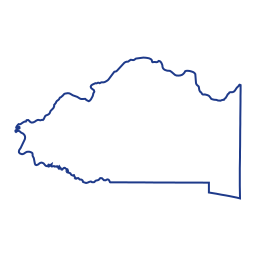 Illinois, Mercator projection, rotated 90°
{"feature_id": "USA-3546", "entity_name": "Illinois", "entity_type": "State", "adm_level": 1, "iso_a3": "USA", "parent_name": "United States of America", "parent_adm1": "", "projection": "mercator", "projection_center": [-89.31, 39.745], "detail": "fine", "context": "isolated", "style": "outline", "palette": "blue", "viewbox_px": 256, "rotation_deg": 90, "n_neighbors": 0, "source": "natural_earth", "source_scale": "10m", "svg_char_len": 5747}
<svg xmlns="http://www.w3.org/2000/svg" viewBox="0 0 256 256"><g transform="rotate(90 128 128)"><path d="M86.8,165.3L85.5,164.8L84.6,163.6L83.2,160.6L83.3,160.1L83.3,159.4L83.1,158.8L82.8,158.3L82.7,157.7L82.8,157.2L83.0,156.8L83.2,156.3L83.0,155.9L82.5,155.0L82.3,154.5L82.3,154.0L82.3,152.9L82.3,152.3L82.1,151.5L81.7,150.6L80.9,149.2L80.2,148.2L79.5,147.5L72.3,142.1L71.8,141.7L71.6,141.1L71.5,140.2L71.1,139.5L70.6,138.9L62.8,131.7L62.1,130.6L61.7,129.3L61.7,128.3L61.6,127.9L61.4,127.5L60.6,126.6L60.4,126.1L59.9,125.6L59.8,125.4L59.8,124.9L60.0,123.7L60.1,122.7L60.0,122.3L59.9,122.0L59.8,121.7L59.6,121.4L59.1,120.8L58.6,120.1L58.5,119.5L57.6,112.7L57.7,110.8L57.9,109.1L58.3,107.0L59.1,105.2L60.0,104.3L61.9,103.8L62.2,103.4L62.1,102.8L62.0,101.7L62.0,101.0L62.2,99.7L62.1,99.0L61.9,98.3L61.0,97.5L60.9,97.2L61.0,96.8L61.3,96.3L61.3,96.0L61.9,95.3L63.1,94.5L64.5,93.9L65.5,93.6L66.8,93.5L68.0,93.1L69.1,92.3L69.9,91.1L70.5,89.4L70.7,88.5L70.8,86.7L70.9,86.0L71.3,85.4L71.8,84.6L74.9,81.0L75.5,79.5L75.6,77.5L75.4,75.6L74.8,73.9L73.9,72.7L72.4,71.4L71.9,71.2L71.3,70.9L70.9,70.0L70.8,68.9L70.8,68.1L71.0,66.3L71.5,64.5L72.1,62.8L72.9,61.6L74.1,60.7L83.1,60.0L84.4,59.5L85.1,58.9L86.3,57.5L86.9,57.2L90.0,56.7L91.3,56.1L91.9,55.7L92.2,55.1L92.5,54.8L93.8,54.0L94.3,53.5L94.5,53.1L94.5,52.7L94.5,51.7L94.5,51.4L94.4,51.2L94.7,50.2L94.9,49.3L95.2,48.4L95.6,47.5L96.0,46.9L96.5,46.5L97.8,45.4L98.3,45.2L98.8,44.8L99.2,43.9L99.7,42.0L99.9,39.5L100.5,38.0L100.6,36.2L100.7,35.7L100.0,33.8L99.9,33.2L99.9,32.6L99.8,32.1L99.6,31.8L99.1,31.7L98.8,31.5L98.1,30.5L97.7,30.2L95.1,28.6L94.6,28.5L94.2,28.2L93.6,27.3L92.5,26.6L92.2,25.7L92.2,23.3L92.2,23.5L91.6,22.1L90.6,21.1L88.0,19.4L87.0,18.5L86.5,17.9L86.0,17.4L85.1,16.9L84.7,16.3L85.1,15.4L90.8,15.4L96.3,15.5L101.8,15.5L118.5,15.7L124.0,15.7L129.6,15.8L146.2,15.9L151.7,16.0L157.3,16.0L162.8,16.1L168.4,16.2L173.9,16.2L185.8,16.2L191.5,16.1L198.4,16.0L197.6,19.2L196.9,22.6L196.1,26.5L195.4,30.3L194.7,34.6L193.7,39.8L193.0,44.1L192.5,47.1L192.0,47.1L191.8,47.1L190.2,47.1L182.7,47.1L182.7,48.9L182.6,54.9L182.6,61.0L182.6,67.0L182.6,73.0L182.6,79.0L182.5,85.0L182.5,91.0L182.5,97.0L182.5,102.9L182.4,114.8L182.4,126.6L182.3,132.5L182.3,138.4L182.3,144.3L182.3,145.8L182.2,146.0L180.3,146.9L179.7,147.5L179.4,148.3L179.5,149.0L180.3,150.4L180.2,152.1L178.2,154.1L178.1,155.6L178.3,156.0L178.5,156.2L179.0,156.5L179.9,157.4L180.2,158.2L180.5,159.7L180.7,160.3L181.1,160.8L182.0,161.6L182.2,162.1L182.2,163.8L182.1,164.2L181.6,164.8L181.5,165.3L181.9,166.8L182.6,168.3L183.0,169.9L182.0,172.9L181.8,173.1L181.5,173.2L181.0,173.2L180.7,173.3L180.2,173.7L179.7,174.4L179.5,175.2L179.6,176.0L179.4,176.4L179.3,176.5L179.2,176.6L179.4,176.6L179.0,176.8L178.6,177.1L178.3,177.6L178.1,178.2L178.2,178.8L178.7,179.7L178.7,180.1L178.5,180.6L178.4,180.5L178.2,180.4L177.9,180.4L177.7,180.6L177.3,181.0L177.1,181.2L176.1,181.7L175.1,182.0L175.1,182.3L175.6,182.8L175.4,183.6L175.0,184.4L174.5,185.0L174.3,185.2L173.6,185.4L173.4,185.6L173.1,186.0L172.9,186.9L172.6,187.4L172.6,187.7L172.5,188.2L172.4,188.7L172.2,188.9L171.9,188.7L171.8,188.3L171.7,187.9L171.4,187.9L171.1,188.2L170.9,188.5L170.7,189.3L170.3,189.0L170.0,188.6L170.0,188.3L169.4,188.5L169.1,189.0L168.9,189.6L168.7,190.3L168.4,190.6L168.1,190.8L167.9,191.1L167.8,191.6L167.9,192.0L168.1,192.3L168.4,192.6L168.5,192.8L168.8,193.2L169.4,193.6L169.7,194.0L169.4,194.7L169.1,194.9L168.5,195.1L168.1,195.3L167.5,196.0L166.7,196.5L167.2,196.7L168.2,196.6L168.7,197.0L168.3,197.4L167.7,197.8L167.2,198.0L166.7,198.1L166.3,198.3L166.7,199.3L166.3,199.8L166.4,200.2L166.6,200.8L166.6,201.4L166.4,201.7L166.1,201.9L166.1,202.4L166.3,203.2L166.4,203.7L166.5,204.1L166.4,204.4L165.9,204.7L165.6,204.7L164.2,204.4L164.7,205.1L166.2,206.5L166.4,207.0L166.1,207.1L165.6,207.2L164.7,207.1L164.6,207.4L164.7,207.6L164.9,207.7L165.5,207.7L166.3,208.0L166.1,208.6L166.1,209.3L165.8,210.2L165.3,210.8L163.5,212.3L163.2,212.8L162.8,213.7L162.6,214.6L162.8,215.4L163.3,216.5L163.5,216.7L164.4,217.7L165.1,219.4L164.8,220.5L163.8,221.1L158.1,222.2L156.2,223.2L155.7,223.4L154.3,223.4L153.7,223.5L153.1,223.7L152.7,224.2L152.4,224.7L151.8,226.3L151.7,227.9L151.9,229.3L152.6,230.6L153.6,232.0L154.1,233.2L154.1,234.4L153.5,236.0L152.5,237.0L151.4,237.1L150.1,236.8L147.9,235.3L139.3,231.2L137.8,230.9L136.3,231.0L135.0,231.6L134.0,232.5L133.6,232.9L132.6,234.9L131.5,236.1L130.8,237.4L130.9,238.4L131.5,239.3L132.5,240.6L131.9,240.3L131.6,240.4L131.3,240.5L130.9,240.6L130.5,240.5L130.2,240.2L130.1,239.8L130.0,239.4L129.9,238.9L129.6,238.7L129.0,238.3L128.7,238.0L128.6,237.7L128.5,236.7L128.3,236.5L127.5,236.5L127.0,236.6L126.8,237.0L127.1,237.9L127.4,238.2L127.7,238.4L127.9,238.8L128.0,239.4L127.8,239.8L127.4,239.8L126.2,239.2L124.6,237.9L124.1,237.3L124.3,236.2L123.9,235.1L122.6,233.3L121.9,232.0L121.6,231.4L121.5,230.7L121.6,230.2L121.1,229.8L120.8,229.7L120.2,229.4L120.0,227.8L121.0,226.6L122.1,225.6L122.6,224.2L122.3,222.5L121.6,221.1L120.7,219.9L120.0,218.5L119.9,217.7L120.0,217.0L120.2,216.3L120.3,215.6L120.1,214.9L119.9,214.2L119.8,213.6L120.0,213.1L119.2,212.3L116.2,210.9L115.5,210.1L114.6,207.9L113.8,206.8L113.1,206.3L111.1,205.5L110.4,204.9L108.6,203.1L107.6,202.3L106.5,202.0L106.1,201.8L105.0,201.9L104.5,201.5L102.8,200.1L101.7,199.7L100.8,198.9L100.1,197.9L99.3,197.0L98.1,196.4L97.5,195.9L97.3,195.3L97.1,194.9L96.2,194.0L96.0,193.6L94.3,192.1L94.0,191.8L93.8,191.4L93.6,190.9L93.5,190.3L93.2,188.4L93.3,186.9L93.8,185.7L95.3,183.2L96.9,178.7L98.5,176.2L99.0,174.9L99.0,173.3L98.9,171.7L98.9,170.7L99.4,170.2L99.8,169.9L100.4,168.9L100.9,167.9L101.2,167.2L100.6,166.2L99.4,165.1L96.3,163.4L94.7,162.9L94.0,162.8L93.4,162.7L92.3,162.0L91.7,161.7L90.2,162.1L88.2,164.7L86.8,165.3Z" fill="none" stroke="#1e3a8a" stroke-width="2"/></g></svg>